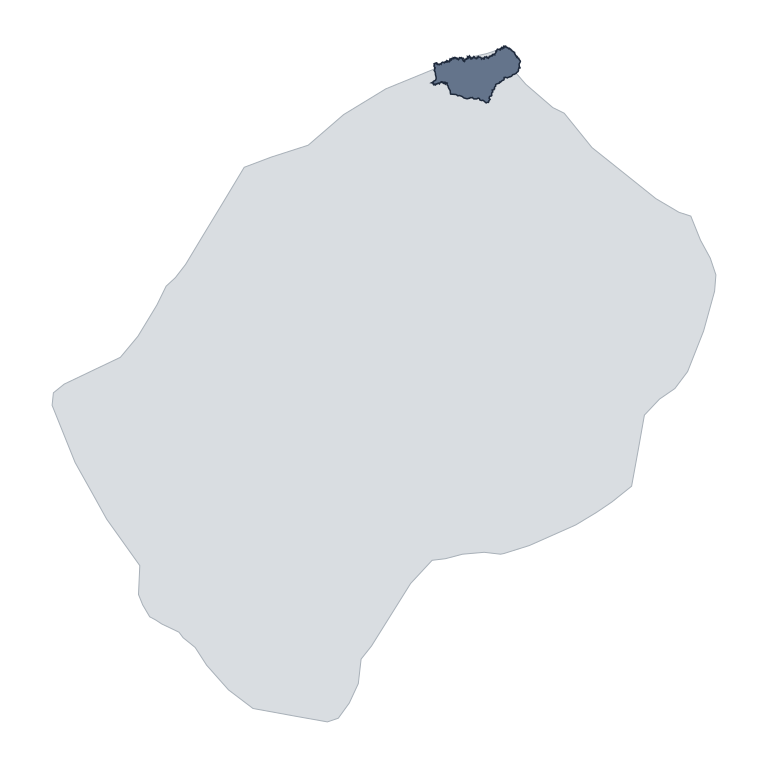 location of Ngoajane, Butha-Buthe, Lesotho
{"feature_id": "5366337B97344543067917", "entity_name": "Ngoajane", "entity_type": "district", "adm_level": 2, "iso_a3": "LSO", "parent_name": "Lesotho", "parent_adm1": "Butha-Buthe", "projection": "orthographic", "projection_center": [28.545, -28.658], "detail": "fine", "context": "in_parent", "style": "filled", "palette": "slate", "viewbox_px": 768, "rotation_deg": 0, "n_neighbors": 0, "source": "geoboundaries", "source_scale": "gbopen_adm2", "svg_char_len": 6440}
<svg xmlns="http://www.w3.org/2000/svg" viewBox="0 0 768 768"><path d="M529.4,545.5L504.0,553.5L500.5,554.2L484.2,552.3L462.5,554.2L445.4,558.7L432.1,560.3L410.6,583.5L371.5,646.0L361.1,659.1L358.3,683.6L349.3,703.0L338.3,718.2L327.4,721.9L294.8,716.1L253.0,708.5L228.5,689.9L206.7,665.3L195.1,647.4L183.1,637.7L179.0,632.2L161.8,624.0L155.4,619.8L149.7,616.8L142.7,604.9L138.5,594.5L139.8,565.6L127.6,548.5L106.7,519.2L93.4,495.2L75.1,462.5L63.8,434.4L52.1,405.3L53.4,392.8L64.2,384.1L95.8,369.0L120.4,357.3L137.9,336.3L156.9,305.0L166.1,286.2L175.4,277.6L185.6,264.4L203.3,235.0L223.1,202.4L244.2,167.3L271.2,157.1L308.2,145.2L343.6,114.6L385.9,88.8L454.3,60.8L486.3,53.7L498.4,49.7L506.1,55.0L514.2,70.9L525.8,84.3L552.8,107.6L564.2,113.2L592.0,147.6L621.7,171.3L655.8,198.6L679.0,212.3L690.8,216.1L700.5,240.2L710.3,258.2L715.9,274.9L714.6,291.2L703.6,331.0L687.6,371.6L674.9,388.5L659.5,399.1L644.4,415.1L638.6,447.8L631.6,486.2L612.0,501.9L596.8,512.2L575.8,524.9L529.4,545.5Z" fill="#d9dde1" stroke="#a8b0b8" stroke-width="1"/><path d="M518.5,70.2L518.3,69.9L518.7,68.6L518.8,67.9L519.3,67.8L519.9,68.0L520.0,67.5L519.3,66.5L519.1,64.1L520.3,61.8L520.4,61.3L520.3,61.0L519.1,59.4L518.8,58.9L518.8,58.4L518.0,58.2L517.7,57.5L517.6,57.3L517.4,56.9L517.2,56.8L516.9,57.0L517.0,56.5L516.9,56.3L516.7,56.2L516.5,56.3L516.3,56.0L516.1,56.0L516.1,55.8L515.7,55.5L515.6,55.1L515.2,54.7L515.2,54.3L514.6,53.6L514.7,53.4L514.5,52.9L514.6,52.7L514.6,52.4L513.3,51.8L513.3,51.6L513.0,51.4L512.1,51.0L511.9,50.7L511.8,50.3L511.5,50.1L511.4,50.2L511.1,50.1L510.9,49.4L510.1,48.9L509.6,48.9L509.8,48.6L509.4,48.2L509.0,48.2L508.7,48.6L507.8,47.9L507.6,47.5L506.7,47.5L506.4,47.1L506.2,46.9L505.9,47.0L505.7,46.6L505.8,46.2L505.7,46.1L505.4,46.3L504.8,46.2L504.6,46.6L504.4,46.5L504.5,46.9L503.8,46.9L503.8,47.2L503.7,47.1L503.7,47.3L503.9,47.4L503.7,47.7L503.6,47.4L503.3,47.6L503.1,47.4L503.0,47.6L502.2,47.6L502.0,47.9L502.1,48.5L501.9,48.4L502.0,48.1L501.6,47.5L501.1,48.1L501.0,48.8L500.6,48.7L500.3,48.8L500.4,49.8L500.3,50.0L499.6,49.8L499.2,49.4L499.0,49.6L497.7,49.1L497.3,49.3L497.2,49.7L496.8,50.1L496.6,50.9L496.4,51.0L496.6,51.3L496.2,51.9L495.9,51.7L496.0,52.2L495.8,52.7L495.2,53.5L494.9,53.7L494.7,54.2L494.7,54.8L493.4,54.2L493.1,54.2L493.0,54.4L493.2,54.6L492.7,54.6L492.8,55.0L492.2,55.1L492.2,55.9L491.6,56.0L491.3,55.8L490.6,56.4L490.3,56.1L490.1,56.0L489.6,56.4L489.3,56.4L489.2,56.6L489.4,56.9L489.1,57.1L489.2,57.3L488.9,57.7L488.5,57.8L488.3,58.4L488.0,58.3L487.7,57.9L487.4,57.8L487.6,57.6L487.3,57.3L486.8,57.6L486.5,56.8L486.2,57.1L485.6,57.1L484.8,56.9L484.6,57.1L484.1,59.1L483.6,59.0L483.5,58.1L483.1,58.0L482.4,58.4L481.9,58.4L481.6,59.1L481.3,58.8L481.5,58.2L481.1,57.9L480.6,57.3L480.4,57.2L479.9,57.3L479.1,57.0L478.3,56.4L478.2,56.5L477.9,56.9L477.8,57.8L477.6,57.8L477.2,57.5L477.1,58.0L476.4,58.1L476.5,58.7L476.1,58.7L476.0,58.2L475.8,58.0L474.7,57.9L474.5,57.0L473.9,56.5L473.6,57.0L473.8,57.2L473.0,57.6L472.8,58.2L472.6,58.4L472.1,57.9L471.5,57.9L471.2,58.0L471.3,58.4L471.8,58.7L471.3,59.0L470.8,59.0L470.6,58.9L470.4,58.6L470.6,58.3L470.6,57.8L470.4,57.5L470.0,57.3L470.0,56.6L469.4,55.9L469.3,56.1L468.5,56.8L468.2,56.8L467.5,56.5L467.6,57.0L467.4,57.9L467.8,58.1L468.4,58.0L467.8,58.7L467.2,58.5L466.4,58.7L466.2,58.9L466.6,59.1L466.5,59.3L465.7,59.5L464.9,59.6L464.9,60.1L464.1,60.5L464.7,61.2L464.5,61.6L463.7,61.2L463.1,60.6L463.1,60.0L462.8,59.8L462.9,59.3L463.3,58.6L463.2,58.2L462.9,58.2L462.2,58.8L461.8,58.2L461.6,57.7L461.3,57.5L461.0,57.6L461.3,58.0L460.9,58.3L459.4,57.6L459.1,58.1L459.1,58.6L458.9,59.3L458.4,59.7L458.2,59.3L457.9,59.3L457.6,58.9L457.3,58.2L456.6,58.1L456.6,58.6L456.4,58.5L456.2,58.7L455.7,58.1L455.7,57.6L455.4,57.5L455.1,57.6L454.5,57.4L454.2,57.5L454.1,58.1L453.8,58.0L454.0,58.3L453.8,58.8L452.8,58.7L452.8,58.3L452.4,58.5L452.2,58.8L451.9,58.8L451.8,58.5L451.6,58.5L451.4,59.0L451.5,59.1L451.2,59.5L450.7,59.2L450.8,59.7L451.4,59.9L451.3,60.1L450.8,60.1L450.3,59.6L449.9,59.5L450.0,59.9L449.7,60.4L449.8,61.3L449.2,61.9L448.6,61.7L448.5,61.3L448.1,61.4L448.1,61.1L447.9,61.0L447.8,61.3L447.5,61.4L447.4,62.0L447.1,62.0L446.9,61.4L446.7,61.4L446.8,60.9L446.7,60.7L446.2,61.3L446.3,61.9L446.0,62.2L445.7,62.2L445.8,61.7L445.6,61.6L445.1,61.8L444.5,62.8L444.3,62.7L444.3,62.3L443.4,62.5L442.9,62.2L442.4,62.2L441.6,62.9L441.2,64.0L441.0,63.7L440.8,63.6L440.3,64.1L439.8,64.0L439.3,64.7L438.6,64.2L438.2,64.6L437.4,64.5L437.3,64.3L437.1,64.3L436.9,64.1L437.1,63.7L436.8,63.6L436.8,62.9L436.4,62.8L436.1,62.8L435.9,63.1L434.8,63.6L434.4,63.5L434.0,63.9L434.5,64.3L434.6,64.8L434.4,65.3L434.2,65.3L434.0,65.6L434.0,66.2L434.3,66.8L435.0,67.4L434.9,67.6L435.1,67.8L435.1,68.0L434.7,68.1L434.6,68.8L434.8,68.9L434.6,69.6L434.6,70.1L434.2,70.4L434.6,71.2L435.0,71.5L435.5,73.8L435.4,74.4L435.6,75.1L435.6,75.4L436.0,76.6L436.2,78.1L436.0,79.2L435.5,80.3L433.8,81.1L432.6,82.3L431.6,82.8L433.2,83.1L433.0,83.5L433.6,84.8L434.3,84.7L435.3,85.0L435.4,84.7L435.2,84.3L436.0,84.5L436.2,84.3L436.2,83.9L436.9,83.7L437.5,83.8L437.8,83.3L438.0,83.2L438.7,83.1L438.9,83.6L439.4,83.9L439.5,83.6L440.3,82.5L440.6,82.3L441.0,82.4L441.2,81.8L441.7,81.7L442.6,82.0L442.5,82.6L443.6,83.4L443.8,83.2L443.6,82.8L444.2,82.7L444.2,82.3L444.3,82.3L444.8,82.2L444.9,83.1L445.1,83.5L445.0,83.8L445.2,84.1L445.4,83.8L445.6,83.9L445.7,83.7L445.5,83.3L445.9,82.7L446.9,83.1L447.1,83.0L447.3,83.1L447.0,83.9L447.3,85.2L448.0,85.8L448.4,87.6L449.4,89.4L450.2,90.6L450.4,93.2L450.6,94.1L456.0,94.5L456.9,95.0L457.6,95.8L458.1,95.8L459.3,95.5L460.9,96.0L461.5,96.3L462.2,96.5L463.8,97.9L466.6,98.7L467.9,98.7L468.4,98.4L469.5,98.3L469.8,98.2L470.2,97.6L471.6,97.7L472.5,97.5L472.8,98.0L473.8,98.9L476.8,98.9L478.1,98.1L478.6,98.2L479.4,98.6L479.8,99.9L481.3,100.5L482.0,100.5L482.8,100.2L483.0,100.3L484.5,101.4L485.5,102.5L486.2,102.9L486.8,102.5L487.4,102.3L488.4,102.4L488.8,101.6L488.9,100.7L490.1,99.4L489.8,98.9L489.1,98.3L489.4,96.9L489.9,96.3L491.5,95.9L491.8,95.4L491.6,94.1L491.8,92.8L492.3,92.2L492.8,91.9L492.2,90.1L493.8,89.8L494.0,89.3L494.6,88.8L494.3,88.1L494.8,86.8L495.7,86.1L495.6,84.7L496.3,84.0L498.2,83.5L498.5,83.2L499.1,83.3L499.7,82.7L499.9,81.9L500.6,82.1L501.6,81.1L501.9,80.9L502.2,80.5L503.5,80.1L504.0,79.7L504.1,77.8L504.5,78.0L504.8,77.7L505.1,77.2L507.5,77.9L507.8,77.5L509.4,77.0L509.7,76.7L510.3,76.8L511.7,76.1L512.6,74.7L513.3,74.4L513.8,74.5L515.3,73.8L516.1,73.3L516.9,72.3L518.0,71.6L518.2,71.2L518.5,70.2Z" fill="#64748b" stroke="#1e293b" stroke-width="1.5"/></svg>